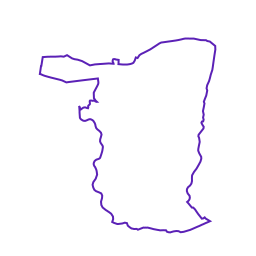 Rafael Lucio, Veracruz, Mexico, rotated 189°
{"feature_id": "50627088B78705285739892", "entity_name": "Rafael Lucio", "entity_type": "district", "adm_level": 2, "iso_a3": "MEX", "parent_name": "Mexico", "parent_adm1": "Veracruz", "projection": "orthographic", "projection_center": [-96.981, 19.6], "detail": "fine", "context": "isolated", "style": "outline", "palette": "violet", "viewbox_px": 256, "rotation_deg": 189, "n_neighbors": 0, "source": "geoboundaries", "source_scale": "gbopen_adm2", "svg_char_len": 4283}
<svg xmlns="http://www.w3.org/2000/svg" viewBox="0 0 256 256"><g transform="rotate(189 128 128)"><path d="M60.7,226.2L63.3,226.3L64.6,226.9L70.0,226.2L77.1,226.6L80.9,226.0L85.6,225.3L85.8,225.2L87.0,224.8L89.1,223.9L91.9,222.8L94.5,221.9L100.0,220.2L102.0,219.6L106.2,218.3L108.6,217.6L110.3,216.4L111.9,214.9L118.0,209.4L118.2,209.2L121.7,206.6L124.6,204.5L126.4,203.3L128.1,201.7L128.6,200.6L129.5,198.6L131.3,198.9L131.9,195.6L132.9,193.2L134.0,192.4L135.6,191.6L136.4,191.3L138.3,190.7L139.0,190.5L140.3,190.3L142.9,189.9L144.2,189.8L145.6,189.7L147.4,189.6L147.4,189.8L147.5,190.5L147.9,193.8L149.8,193.8L150.3,193.7L150.6,193.8L151.1,193.8L151.3,193.9L151.7,194.0L152.4,193.9L153.2,193.7L153.4,193.6L153.6,193.0L153.7,191.6L153.1,190.5L152.7,190.0L152.4,189.6L152.3,189.2L157.0,188.8L164.3,187.1L165.7,186.8L170.7,185.6L175.4,183.9L183.8,186.9L188.4,187.6L191.6,187.6L194.1,188.0L199.6,190.4L202.6,188.4L205.5,188.3L208.0,187.7L210.4,187.2L218.1,185.9L223.3,184.7L223.3,175.8L223.6,175.7L223.5,167.5L221.8,167.4L221.3,167.1L219.0,166.6L218.7,166.6L217.9,166.4L217.6,166.4L214.4,166.0L213.2,165.9L212.5,165.8L202.1,164.9L201.7,164.8L200.6,164.7L196.0,163.4L193.5,164.2L179.3,168.3L178.6,168.5L172.6,170.2L165.5,172.2L164.4,168.5L164.3,167.3L164.4,166.5L165.0,164.5L167.3,157.8L167.3,157.4L167.2,156.7L166.3,152.1L166.1,151.9L165.1,150.9L164.2,149.9L162.8,149.0L163.2,148.9L164.1,149.1L164.7,149.3L164.9,149.5L165.5,149.9L165.9,150.0L166.0,149.9L166.2,149.7L166.7,149.4L167.4,149.3L167.8,149.4L168.2,149.4L169.0,149.3L169.8,149.1L170.0,148.6L169.9,147.9L169.4,146.0L169.5,145.3L169.8,144.9L170.4,144.3L170.8,143.5L170.7,142.8L170.5,142.4L170.5,142.0L170.5,141.9L170.6,141.7L170.6,141.3L171.1,141.3L171.6,141.3L172.2,141.4L173.3,141.7L174.0,141.6L174.4,141.5L174.6,141.4L175.3,141.1L176.2,140.3L177.5,138.9L177.8,138.7L178.1,138.5L178.4,140.0L179.1,141.3L179.8,142.0L179.3,140.7L178.5,137.2L178.3,135.8L177.1,130.6L176.6,129.9L175.6,129.1L173.6,128.3L172.8,128.2L171.5,128.3L170.7,128.7L169.2,129.6L168.4,130.2L166.9,130.8L165.8,130.7L164.3,130.2L163.2,129.5L163.1,129.3L161.8,127.9L160.9,126.4L160.3,124.7L159.4,123.0L158.1,121.9L155.8,120.6L154.0,119.2L153.1,117.3L153.3,115.6L153.3,115.2L153.7,112.5L153.5,110.4L153.4,110.2L152.5,108.8L150.4,106.6L149.9,105.6L149.8,104.6L149.8,101.7L149.9,100.3L150.3,97.6L150.8,94.6L151.1,93.8L151.7,93.2L152.7,92.6L154.3,91.8L155.2,90.9L155.9,89.9L156.3,88.3L156.3,87.1L155.9,86.1L155.2,85.0L154.4,84.3L153.6,83.1L153.0,82.2L152.5,81.2L152.2,80.4L151.9,79.5L151.6,78.4L151.2,77.1L151.8,73.9L151.9,73.0L153.7,69.3L153.8,69.0L154.1,66.4L153.0,63.8L151.6,61.7L149.7,60.6L146.5,59.9L144.2,59.2L143.0,57.4L142.9,57.2L142.7,54.9L142.7,54.6L143.1,51.2L143.1,50.9L142.5,48.6L142.3,47.8L140.6,45.5L140.2,45.3L137.1,43.5L135.4,42.8L135.1,42.6L134.1,42.2L133.3,41.8L131.2,40.7L129.0,38.2L128.4,35.7L128.9,32.7L127.0,32.1L123.6,31.5L122.5,31.7L122.1,31.8L121.5,32.0L118.7,32.8L116.3,34.0L115.0,33.9L114.2,33.9L112.9,31.5L110.9,30.3L108.8,29.3L107.5,29.3L106.7,29.2L106.3,29.2L106.1,29.2L103.6,29.7L102.3,29.1L97.3,32.0L97.0,32.1L96.4,32.1L94.8,32.4L94.6,32.4L92.9,32.7L89.4,32.4L86.8,32.1L86.1,32.1L82.9,32.0L81.1,32.0L80.4,31.9L77.5,32.5L74.7,32.9L74.4,32.9L73.4,31.7L71.8,31.4L69.9,31.5L69.4,31.8L66.8,33.0L64.2,33.8L63.4,33.9L61.9,34.0L59.7,33.3L56.7,34.2L51.7,36.6L50.4,37.2L50.2,37.4L49.5,37.8L43.9,41.4L42.7,42.1L40.6,43.5L40.4,43.7L38.9,44.6L36.5,46.2L34.7,47.3L32.4,48.8L37.1,50.7L38.0,51.4L38.3,51.7L39.5,50.5L40.9,50.0L42.3,51.3L43.9,52.8L44.7,53.5L45.6,54.4L47.8,56.7L48.7,57.7L49.1,58.1L51.1,59.6L52.4,59.4L53.7,60.5L56.4,62.9L58.0,64.2L56.7,65.8L56.1,67.3L56.0,68.8L56.6,70.7L58.8,72.7L60.0,74.9L60.2,76.8L59.5,78.8L57.7,80.9L56.7,83.0L56.5,85.6L57.0,88.4L57.2,90.0L57.3,91.3L55.9,95.0L54.0,98.5L52.5,102.4L51.2,106.1L50.8,109.1L51.2,111.0L53.7,114.2L55.1,116.6L55.3,118.2L55.2,121.4L55.0,125.5L55.2,126.1L55.6,127.4L56.3,129.5L57.2,130.8L57.2,132.4L53.4,139.3L53.4,141.0L55.0,142.8L56.3,144.6L56.0,145.9L54.8,146.3L54.6,148.1L55.5,150.1L55.3,153.0L56.6,156.4L56.4,160.1L56.3,164.2L57.2,165.8L56.6,168.8L55.8,172.3L55.6,177.4L56.6,179.5L56.5,182.6L55.3,186.9L55.2,187.6L54.9,190.0L54.6,193.6L53.8,198.6L53.8,201.6L53.9,206.3L54.0,213.3L54.0,219.2L54.1,219.6L54.7,222.7L60.7,226.2Z" fill="none" stroke="#5b21b6" stroke-width="2"/></g></svg>